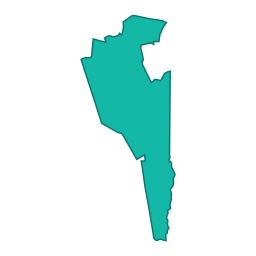 Nakuru Town West, Rift Valley, Kenya (Mercator projection)
{"feature_id": "3690345B66504215806483", "entity_name": "Nakuru Town West", "entity_type": "district", "adm_level": 2, "iso_a3": "KEN", "parent_name": "Kenya", "parent_adm1": "Rift Valley", "projection": "mercator", "projection_center": [36.068, -0.37], "detail": "fine", "context": "isolated", "style": "filled", "palette": "teal", "viewbox_px": 256, "rotation_deg": 0, "n_neighbors": 0, "source": "geoboundaries", "source_scale": "gbopen_adm2", "svg_char_len": 2030}
<svg xmlns="http://www.w3.org/2000/svg" viewBox="0 0 256 256"><path d="M133.0,15.4L132.3,15.7L131.2,16.3L126.3,19.8L123.2,21.9L123.3,24.0L123.5,27.2L122.7,31.7L121.9,34.1L121.6,34.9L119.4,33.3L118.6,35.2L117.4,35.7L116.6,36.1L113.7,37.0L109.8,35.8L106.8,36.5L104.5,38.2L105.7,41.1L106.0,42.1L101.5,41.3L93.2,38.9L91.7,55.6L90.8,57.6L85.8,57.7L82.1,58.6L81.1,59.4L82.7,64.5L84.8,71.1L87.1,77.9L88.9,83.6L91.1,90.3L92.6,94.9L94.7,101.3L96.8,107.9L99.0,114.8L100.2,118.4L100.8,120.7L101.6,123.3L106.2,125.8L113.1,129.8L117.7,132.4L122.0,133.5L136.8,159.4L144.5,154.8L144.9,157.6L145.2,160.9L141.2,161.0L141.7,163.7L142.4,168.2L145.2,188.0L146.1,192.7L148.1,203.2L149.8,213.5L151.6,224.3L151.8,225.2L153.5,235.7L154.0,238.5L156.3,240.5L157.5,240.2L158.9,239.6L160.6,239.1L161.6,239.4L164.0,240.3L166.1,240.6L166.0,239.5L165.9,238.4L165.8,236.1L165.8,235.2L165.8,234.5L167.2,233.1L167.2,230.6L168.3,229.0L168.9,228.1L167.9,226.2L167.4,224.3L167.5,222.9L167.9,220.9L166.9,218.8L166.6,217.9L167.2,215.0L167.7,214.1L168.1,212.7L167.6,211.3L167.5,210.3L169.0,209.8L170.4,208.6L170.4,207.6L170.0,205.1L170.0,204.3L170.2,203.6L170.6,201.7L171.0,200.6L171.5,199.6L171.0,197.0L171.5,195.3L171.4,193.4L170.7,191.4L170.4,189.1L172.1,187.1L173.2,185.4L173.5,183.2L173.5,181.9L173.4,180.2L173.1,178.4L173.8,177.6L174.8,175.4L174.9,174.0L173.9,172.0L173.6,171.2L173.2,170.4L171.9,168.1L171.5,165.7L171.5,163.0L170.3,161.4L169.1,161.4L168.7,160.0L169.9,157.8L169.8,156.1L169.5,154.9L170.2,71.1L167.1,72.1L165.2,73.1L164.5,73.6L164.0,74.4L162.8,77.0L162.4,77.8L161.8,78.7L160.5,80.8L158.5,80.0L157.6,79.7L156.9,79.6L154.7,79.5L153.1,81.2L152.4,81.9L151.4,82.6L149.3,78.6L146.7,73.4L142.9,65.4L141.8,62.5L143.3,59.9L142.4,54.9L141.6,51.8L140.7,48.3L141.0,45.0L143.4,44.6L147.6,43.5L150.7,43.0L153.8,44.2L153.5,41.6L156.3,41.6L159.0,41.5L159.4,38.1L159.9,34.4L161.4,31.5L162.4,28.6L164.6,25.0L166.4,22.7L162.7,20.8L159.7,20.3L155.8,19.7L151.2,19.0L150.2,18.9L143.6,17.5L136.3,16.0L133.0,15.4Z" fill="#14b8a6" stroke="#0f766e" stroke-width="1.5"/></svg>